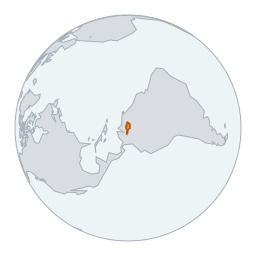 Apure highlighted on a globe, orthographic projection, rotated 276°
{"feature_id": "VEN-25", "entity_name": "Apure", "entity_type": "State", "adm_level": 1, "iso_a3": "VEN", "parent_name": "Venezuela", "parent_adm1": "", "projection": "orthographic", "projection_center": [-69.326, 7.078], "detail": "fine", "context": "on_globe", "style": "filled", "palette": "amber", "viewbox_px": 256, "rotation_deg": 276, "n_neighbors": 0, "source": "natural_earth", "source_scale": "10m", "svg_char_len": 9213}
<svg xmlns="http://www.w3.org/2000/svg" viewBox="0 0 256 256"><g transform="rotate(276 128 128)"><circle cx="128" cy="128" r="113" fill="#eef3f6" stroke="#a8b0b8"/><path d="M110.8,125.4L108.2,124.1L105.6,127.4L96.8,121.8L93.8,115.1L67.9,103.8L65.5,100.4L65.9,95.0L59.8,77.4L61.3,93.7L58.4,90.5L56.6,84.6L58.2,83.2L57.9,74.8L55.7,71.7L57.6,61.7L66.2,49.9L66.5,51.8L68.6,49.1L68.3,46.8L67.6,46.0L74.2,36.2L74.4,31.8L70.8,33.0L74.5,31.0L65.0,35.5L62.7,36.3L67.6,33.9L69.9,32.6L69.5,32.2L71.7,30.8L72.9,30.0L75.6,28.5L78.2,27.6L80.0,26.7L79.6,26.6L82.1,25.3L82.4,25.6L86.8,23.4L92.0,22.3L90.6,25.7L95.8,25.0L100.4,28.9L102.3,27.8L105.2,29.1L108.5,28.4L108.4,29.7L111.1,28.1L110.5,27.1L111.5,26.2L113.3,25.8L113.6,27.2L112.7,27.6L113.7,27.8L113.0,28.8L114.4,28.1L114.5,30.1L117.2,27.6L119.6,28.8L118.8,30.3L115.3,30.7L104.9,36.5L103.1,38.7L104.1,41.1L113.6,44.0L113.1,46.5L115.0,49.4L117.0,47.6L116.1,44.7L120.2,42.3L118.7,39.5L120.1,38.2L120.0,35.4L123.9,35.3L127.7,36.9L128.0,39.4L129.7,40.3L132.6,37.7L136.2,42.6L143.8,46.5L144.3,48.0L139.6,50.8L131.7,51.0L125.6,56.0L133.5,52.4L134.6,56.8L136.4,57.6L138.6,57.3L139.8,55.6L141.0,57.2L133.6,61.0L132.4,59.6L134.8,58.3L131.0,58.6L126.1,61.8L127.1,64.1L118.6,67.5L119.2,69.4L117.7,71.4L117.3,68.1L117.8,74.2L108.0,81.3L108.5,92.7L103.8,83.9L99.5,82.9L94.3,83.1L94.2,84.9L87.4,83.6L81.0,87.5L78.3,96.6L80.3,103.7L87.9,104.0L90.4,100.0L96.1,99.3L91.7,110.0L101.6,111.5L100.4,119.7L103.2,123.9L108.2,122.8L113.4,124.8L117.3,120.1L123.3,117.5L123.4,124.1L126.8,118.0L130.2,121.2L142.3,120.7L141.4,122.3L151.6,129.9L162.7,133.0L165.3,137.7L164.0,140.7L167.8,141.4L167.9,143.4L183.1,145.7L190.8,150.1L190.5,156.8L183.9,164.9L177.7,181.1L165.7,186.7L162.5,193.0L152.9,202.2L145.7,201.7L147.6,206.0L143.4,208.6L138.7,208.8L137.7,211.8L134.2,211.9L136.5,213.8L130.8,217.5L132.4,220.5L128.2,223.3L129.4,225.0L127.8,224.9L126.2,225.5L126.1,226.4L121.2,224.9L119.9,221.1L121.6,219.1L119.5,218.8L123.1,213.6L120.8,214.6L121.3,206.5L124.5,199.6L126.4,178.8L124.0,174.6L115.3,169.6L104.9,153.5L107.6,146.8L105.3,143.7L112.7,134.2L110.8,125.4ZM21.7,92.6L22.5,90.1L22.2,91.7L21.7,92.6ZM23.0,88.5L22.7,89.4L22.9,88.7L23.0,88.5ZM23.1,88.0L23.0,88.4L23.0,88.2L23.1,88.0ZM23.1,87.6L23.1,87.8L23.1,87.6ZM107.7,96.7L119.1,102.2L112.5,102.9L113.7,101.9L110.9,99.6L105.6,97.5L99.8,98.7L107.7,96.7ZM23.5,86.3L23.6,85.9L23.7,85.7L23.5,86.3ZM113.1,90.3L111.1,89.8L113.1,89.8L113.1,90.3ZM66.9,45.9L68.0,46.9L67.5,49.6L66.3,48.9L66.9,45.9ZM68.3,41.3L69.5,41.2L67.1,43.7L67.2,43.0L68.3,41.3ZM67.6,34.4L68.1,34.6L66.9,34.9L67.6,34.4ZM72.5,30.1L71.7,30.6L72.6,30.0L72.5,30.1ZM117.9,35.7L118.9,35.5L118.4,36.1L117.9,35.7ZM116.9,34.7L115.5,35.5L114.8,35.1L115.7,34.6L116.9,34.7ZM77.6,27.3L79.4,26.4L78.1,27.1L77.6,27.3ZM118.7,33.8L113.8,34.4L112.6,33.8L114.8,31.6L118.7,33.8ZM87.1,23.1L84.3,24.2L82.9,24.9L82.4,25.0L80.7,25.8L82.4,25.0L87.1,23.1ZM109.5,27.0L110.2,28.0L107.9,27.6L109.5,27.0ZM107.8,27.0L99.4,27.6L99.3,26.2L102.1,26.1L100.7,24.8L104.8,23.7L106.5,24.2L105.8,25.3L107.9,24.1L107.8,27.0ZM93.2,20.9L94.6,20.4L93.6,20.7L93.2,20.9ZM111.7,25.8L110.0,25.9L109.8,24.6L113.2,24.1L112.2,24.7L111.7,25.8ZM98.3,25.1L98.7,24.1L102.2,23.0L102.8,22.5L104.9,23.6L98.3,25.1ZM113.1,24.8L114.9,23.9L116.7,24.2L113.3,25.6L113.1,24.8ZM108.4,24.6L108.4,24.0L109.5,24.1L108.4,24.6ZM124.0,25.3L122.0,25.3L121.7,24.5L124.0,25.3ZM115.4,23.6L114.8,23.5L114.5,23.3L116.0,22.8L115.4,23.6ZM107.2,22.8L108.5,22.6L106.5,22.3L109.0,21.6L109.9,22.5L110.6,21.8L111.4,21.6L111.2,22.6L107.2,22.8ZM116.5,21.8L118.5,23.0L122.3,23.0L122.7,23.6L116.4,23.4L116.5,21.8ZM113.4,22.1L115.4,22.0L114.8,22.7L113.1,23.2L113.4,22.1ZM110.4,20.8L106.3,21.7L110.4,20.8ZM117.7,21.6L117.2,21.3L118.0,21.5L117.7,21.6ZM112.8,20.9L111.3,21.1L111.3,20.9L112.8,20.9ZM117.4,20.7L118.0,21.0L116.9,21.3L117.4,20.7ZM115.4,20.6L115.7,20.2L116.1,21.2L114.7,20.8L115.4,20.6ZM113.0,20.6L112.5,20.5L113.6,20.5L113.0,20.6ZM121.3,19.5L122.1,20.6L119.6,21.2L119.1,20.0L121.3,19.5ZM129.3,228.1L121.7,225.4L125.9,226.7L128.8,225.3L132.9,227.2L129.3,228.1ZM137.8,224.4L141.2,223.6L142.1,224.0L139.9,224.7L137.8,224.4ZM215.1,56.6L214.6,55.9L214.3,55.6L215.1,56.6ZM212.7,53.8L213.9,55.4L217.0,59.1L218.6,61.3L213.9,56.0L212.1,53.8L205.9,49.2L208.1,51.6L214.0,56.3L213.5,56.2L216.5,60.1L213.9,57.1L206.8,51.9L206.4,54.7L211.3,65.6L209.9,67.3L206.4,66.4L199.3,56.8L203.1,54.1L200.6,51.2L195.3,48.0L196.9,47.6L195.2,46.1L196.1,45.2L193.0,40.9L193.4,39.9L187.8,35.7L187.2,34.8L190.7,37.4L193.2,38.9L193.5,37.2L192.3,36.1L188.7,33.7L189.2,33.8L185.6,31.7L183.7,30.1L183.1,30.4L178.8,28.1L175.2,26.1L173.7,25.6L179.5,28.9L181.9,30.3L184.2,31.3L190.6,35.9L191.4,37.1L184.3,33.0L184.7,34.5L179.0,31.1L166.8,23.2L164.0,21.6L167.6,22.6L171.6,24.2L174.4,25.4L181.6,28.9L188.5,33.0L195.1,37.5L201.4,42.5L207.2,47.9L212.7,53.8ZM225.9,183.7L227.8,180.1L234.6,162.2L237.3,153.0L238.4,146.4L238.2,133.0L238.5,124.6L237.7,121.6L236.6,123.2L235.4,119.7L234.5,120.1L226.6,126.1L222.4,122.0L213.5,107.9L213.7,101.2L210.8,94.2L209.7,67.7L212.9,68.0L215.8,62.3L216.8,62.7L220.1,67.9L225.2,72.0L222.6,67.2L223.3,67.9L227.4,74.9L230.9,82.2L233.9,89.7L236.4,97.5L238.3,105.3L239.7,113.3L240.4,121.4L240.6,129.5L240.2,137.6L239.3,145.6L237.7,153.6L235.6,161.4L232.9,169.0L229.7,176.5L225.9,183.7ZM214.0,80.0L215.0,82.1L214.0,80.0ZM142.7,120.6L144.2,121.9L142.2,122.0L142.7,120.6ZM111.5,105.6L113.9,105.8L115.2,106.8L113.3,107.1L111.5,105.6ZM132.1,105.6L135.0,106.2L132.0,106.8L132.1,105.6ZM120.9,102.9L129.9,105.5L124.1,107.4L118.4,105.9L122.4,105.4L120.9,102.9ZM111.8,94.0L113.3,94.4L112.8,95.6L111.8,94.0ZM114.5,90.3L114.0,90.4L113.2,89.4L114.5,90.3ZM135.0,56.6L135.6,56.3L137.9,56.5L136.8,57.2L135.0,56.6ZM148.0,53.1L149.6,55.9L147.7,54.3L146.5,55.6L141.0,54.2L144.3,48.7L143.8,51.3L148.0,53.1ZM134.5,51.3L137.7,52.5L134.1,51.4L134.5,51.3ZM184.7,40.0L186.5,40.5L188.3,42.3L187.9,44.5L185.3,41.8L184.7,40.0ZM188.7,40.9L181.7,36.7L181.7,35.5L182.9,36.8L183.6,36.4L185.7,38.5L192.5,41.8L194.5,43.6L192.6,46.1L192.1,44.1L190.4,43.7L188.7,40.9ZM163.9,31.2L160.9,30.2L164.8,28.7L167.1,29.9L166.9,31.9L163.9,31.8L163.9,31.2ZM123.6,30.1L122.2,30.4L122.1,29.9L123.2,29.3L123.6,30.1ZM123.1,25.3L129.6,28.4L128.4,28.9L133.8,30.6L132.5,32.5L129.0,31.3L132.1,34.3L128.5,33.9L130.9,35.9L123.4,32.9L120.2,32.9L124.2,32.1L125.5,30.2L125.1,29.5L121.6,27.5L115.5,27.1L115.8,25.5L117.6,24.5L119.1,24.4L118.4,25.4L120.9,24.5L121.1,25.8L123.1,25.3ZM138.7,18.3L137.3,18.7L142.3,18.6L142.6,19.4L143.1,19.4L144.7,20.1L147.7,21.1L147.3,21.4L148.6,21.7L149.7,22.3L151.3,22.8L151.2,23.7L153.2,24.5L152.0,24.5L155.5,25.6L152.8,25.2L154.0,26.2L156.0,26.1L151.0,31.3L151.1,34.4L152.6,37.3L147.7,36.7L143.2,33.7L139.6,30.2L140.2,27.5L137.9,27.9L137.6,26.8L139.5,27.0L136.3,26.1L136.5,25.4L133.3,23.2L128.4,22.9L127.1,22.2L129.1,22.0L126.4,21.5L129.3,20.7L128.4,20.3L130.5,19.2L134.9,19.2L133.5,18.8L135.0,18.2L138.7,18.3ZM122.0,19.1L127.2,18.6L129.9,18.9L125.2,20.7L125.6,21.2L122.8,22.7L118.9,22.4L120.1,21.9L120.3,21.5L121.4,21.7L120.7,21.2L122.3,20.6L122.2,20.1L124.0,20.0L122.0,19.1ZM215.7,60.5L216.1,60.4L216.1,59.8L218.0,62.4L215.7,60.5ZM211.1,57.0L211.0,56.4L213.7,59.4L213.3,59.7L211.1,57.0ZM208.8,53.7L210.8,56.2L209.5,55.0L208.8,53.7ZM190.4,36.9L190.1,36.3L191.0,36.8L192.2,37.9L190.4,36.9ZM153.7,19.4L152.4,19.3L151.8,19.1L147.9,18.5L147.4,18.1L149.6,18.2L153.7,19.4ZM219.9,62.8L219.3,62.2L219.8,62.7L219.9,62.8ZM152.5,18.8L150.9,18.6L151.6,18.5L152.5,18.8ZM146.9,17.7L147.3,17.6L146.9,17.9L146.9,17.7ZM143.6,16.5L145.4,16.8L144.8,16.8L143.6,16.5ZM94.3,20.5L94.6,20.4L93.4,20.8L93.6,20.7L94.3,20.5Z" fill="#d9dde1" stroke="#a8b0b8" stroke-width="1"/><path d="M122.2,127.4L122.3,127.3L122.5,127.3L122.8,127.4L123.0,127.3L123.1,127.2L123.3,127.2L123.3,127.3L123.5,127.3L123.8,127.3L123.8,127.2L124.1,127.2L124.2,127.3L124.3,127.3L124.5,127.4L124.8,127.5L125.0,127.6L125.3,127.6L125.5,127.6L125.7,127.4L125.8,127.4L126.0,127.3L126.0,127.2L126.2,126.9L126.3,126.9L126.3,127.0L126.4,126.9L126.5,126.8L126.5,126.7L126.8,126.7L127.0,126.6L127.5,126.3L127.7,126.1L127.8,126.0L128.0,126.1L128.3,126.0L128.5,126.2L128.7,126.3L128.8,126.3L129.0,126.4L129.3,126.3L129.3,126.2L129.5,126.3L129.8,126.2L129.9,126.3L130.0,126.3L130.0,126.2L130.1,126.3L130.2,126.2L130.3,126.2L130.5,126.1L130.8,126.1L131.1,126.1L131.3,126.2L131.5,126.3L131.8,126.4L131.9,126.5L132.0,126.5L132.3,126.6L132.5,126.6L132.9,126.6L133.0,126.7L133.3,126.6L133.5,126.5L133.8,126.7L133.8,126.8L133.7,126.9L133.6,127.0L133.4,127.3L133.3,127.5L133.2,127.5L132.9,127.6L132.7,127.7L132.7,127.8L132.4,128.0L132.5,128.3L132.4,128.4L132.4,128.5L132.5,128.5L132.4,128.6L132.3,128.9L132.3,129.1L132.2,129.2L132.2,129.3L132.0,129.5L131.9,129.6L131.7,129.6L131.4,129.6L131.1,129.5L130.9,129.5L130.7,129.7L130.3,129.7L130.2,129.7L130.0,129.8L129.9,129.8L129.8,129.7L129.7,129.7L129.6,129.8L129.4,129.8L129.2,129.8L129.0,129.7L128.8,129.8L128.8,129.7L128.7,129.7L128.4,129.8L128.2,130.0L128.1,129.9L127.9,129.8L126.5,128.3L126.4,128.2L126.2,128.2L126.1,128.3L125.9,128.2L125.7,128.1L125.4,128.0L125.1,128.0L124.9,128.0L124.7,128.2L124.4,128.2L124.2,128.2L123.9,128.1L123.7,128.1L123.4,128.0L123.2,128.1L122.8,128.1L122.7,128.1L122.5,127.8L122.5,127.7L122.4,127.6L122.5,127.6L122.4,127.4L122.2,127.4Z" fill="#f59e0b" stroke="#b45309" stroke-width="1.5"/></g></svg>